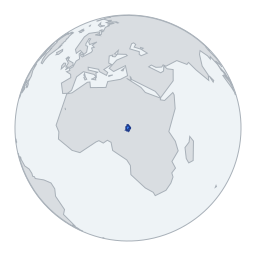 Ouaka highlighted on a globe, orthographic projection, rotated 335°
{"feature_id": "CAF-809", "entity_name": "Ouaka", "entity_type": "Prefecture", "adm_level": 1, "iso_a3": "CAF", "parent_name": "Central African Republic", "parent_adm1": "", "projection": "orthographic", "projection_center": [20.78, 6.114], "detail": "fine", "context": "on_globe", "style": "filled", "palette": "blue", "viewbox_px": 256, "rotation_deg": 335, "n_neighbors": 0, "source": "natural_earth", "source_scale": "10m", "svg_char_len": 7777}
<svg xmlns="http://www.w3.org/2000/svg" viewBox="0 0 256 256"><g transform="rotate(335 128 128)"><circle cx="128" cy="128" r="113" fill="#eef3f6" stroke="#a8b0b8"/><path d="M90.1,21.9L90.8,21.7L87.9,22.8L85.2,23.8L90.1,21.9ZM65.2,34.5L66.4,33.7L70.4,31.2L72.0,30.3L76.3,28.0L76.1,28.3L73.5,29.9L69.9,32.0L68.7,33.0L72.4,31.2L66.1,35.6L62.5,39.9L60.8,41.3L56.9,43.1L56.0,42.3L51.0,46.1L54.6,43.7L50.4,47.8L49.8,48.7L50.3,48.7L52.1,47.3L50.7,48.9L46.5,51.4L47.7,50.0L49.0,49.1L48.6,48.9L45.8,51.3L43.8,53.5L42.0,55.2L49.1,47.6L56.8,40.7L65.2,34.5ZM17.6,105.8L17.9,104.3L17.3,107.7L18.2,108.7L17.8,110.1L18.4,118.8L21.1,123.5L21.7,128.6L21.2,131.4L22.6,132.7L22.6,134.6L29.8,139.5L35.0,145.3L35.9,152.2L33.5,159.2L36.0,175.1L33.0,179.1L35.3,185.4L38.4,193.9L36.2,192.3L40.0,197.3L41.4,199.7L40.9,199.3L43.6,202.5L43.4,202.4L38.4,196.2L33.8,189.7L29.7,182.9L26.0,175.8L22.9,168.5L20.3,161.0L18.2,153.3L16.7,145.5L15.8,137.5L15.4,129.6L15.5,121.6L16.3,113.7L17.6,105.8ZM45.3,204.4L45.5,204.6L45.3,204.4ZM76.1,28.0L75.4,28.4L76.1,28.0ZM80.8,25.7L79.0,26.6L80.8,25.7ZM99.0,19.2L98.8,19.2L98.7,19.2L99.0,19.2ZM95.0,20.6L95.3,20.4L97.0,19.8L95.0,20.6ZM105.8,17.6L101.7,18.5L100.8,18.9L99.2,19.3L100.9,18.7L105.8,17.6ZM105.9,17.6L106.9,17.4L106.1,17.5L105.9,17.6ZM109.1,17.0L107.7,17.2L107.1,17.3L109.1,17.0ZM112.3,16.6L108.0,17.3L106.6,17.5L110.9,16.7L112.3,16.6ZM59.1,217.1L58.5,216.6L59.4,217.2L60.0,217.8L59.1,217.1ZM232.3,85.4L232.9,87.1L233.6,89.1L232.6,87.0L233.6,91.1L237.5,102.3L238.3,105.7L238.8,112.4L238.4,109.9L235.7,104.2L236.9,112.4L239.1,118.8L239.9,126.8L239.0,124.6L238.0,117.6L237.0,115.4L236.0,108.2L232.7,98.1L231.7,100.3L230.6,96.2L226.0,88.3L223.9,91.5L221.4,103.2L223.1,113.9L221.3,119.0L214.2,104.1L210.5,94.1L208.3,95.3L200.7,87.5L188.5,88.0L186.5,85.6L184.3,87.0L178.9,84.8L175.7,80.8L172.6,81.3L181.0,91.8L184.3,91.4L186.7,86.9L188.5,90.9L193.6,94.1L188.9,104.3L170.4,114.3L168.2,106.3L151.8,85.6L152.0,83.2L151.7,82.5L150.7,86.4L147.7,82.4L156.9,96.7L158.7,103.1L170.2,114.8L169.2,116.1L172.8,118.5L183.6,114.8L183.8,117.5L178.9,130.4L163.5,148.5L165.3,160.0L163.8,169.9L153.7,176.9L154.1,184.4L148.7,187.2L148.1,191.4L143.5,196.1L136.1,200.5L124.1,200.8L123.7,197.0L118.3,189.6L110.9,171.5L114.3,163.0L113.4,156.4L104.6,141.9L106.6,133.8L104.1,130.4L99.2,131.2L96.3,127.2L93.2,127.1L74.0,130.0L67.9,124.7L60.3,108.6L63.7,102.3L64.0,95.1L86.9,71.2L92.1,72.5L110.5,69.4L112.9,70.2L111.0,75.5L125.1,81.9L129.3,77.3L141.7,80.7L149.7,80.4L152.0,70.4L138.8,70.7L136.2,66.0L146.4,61.7L157.9,62.1L157.3,60.4L149.7,56.6L152.1,53.5L147.1,55.1L149.3,56.8L146.3,58.0L144.0,56.6L144.9,55.4L141.4,54.8L138.0,61.0L139.9,63.4L130.8,64.8L133.1,69.1L130.7,71.2L125.9,64.8L126.2,62.4L117.6,56.1L116.5,58.6L124.5,64.9L122.2,64.5L120.8,68.5L119.9,65.1L111.4,58.1L103.0,59.9L92.8,70.0L87.8,71.0L83.4,69.1L86.6,59.2L97.4,58.2L98.7,55.1L96.1,51.0L99.6,51.3L99.9,49.6L104.0,49.3L109.3,45.4L113.3,44.9L115.0,40.3L117.4,39.6L115.7,42.4L116.7,44.3L126.7,43.9L128.5,42.9L128.8,40.1L131.6,40.6L130.6,37.9L136.2,36.9L128.5,36.2L128.7,33.5L131.8,31.4L130.5,30.5L125.4,33.9L124.6,35.5L126.0,36.9L122.6,41.7L119.3,42.6L117.6,37.5L112.7,38.5L113.6,34.6L126.9,27.0L132.7,25.8L143.0,28.9L141.9,30.3L137.6,29.8L141.9,32.5L141.4,31.2L143.6,31.8L144.3,29.8L146.0,30.1L143.9,27.8L145.9,28.0L147.3,29.4L150.1,27.2L154.3,27.4L154.2,26.8L152.8,26.0L159.1,27.1L158.7,26.6L156.5,26.0L154.3,24.8L152.9,23.2L155.1,23.6L155.9,24.2L161.1,26.5L162.9,28.5L163.7,28.6L162.6,27.0L156.4,24.2L154.9,23.1L158.0,24.2L156.7,23.7L156.7,23.3L158.8,23.5L155.4,22.2L151.8,18.9L155.5,19.2L158.7,20.3L158.6,19.6L161.2,20.4L169.0,23.1L176.6,26.4L184.0,30.3L191.0,34.6L197.7,39.5L204.0,44.9L209.9,50.7L215.4,57.0L220.4,63.6L224.9,70.5L228.9,77.8L232.3,85.4ZM79.5,83.1L79.0,85.2L79.0,85.3L79.5,83.1ZM170.5,68.1L177.1,68.3L173.3,62.4L175.5,62.1L173.4,60.3L173.0,62.0L167.8,57.3L170.3,55.6L169.1,53.2L166.9,53.1L163.0,57.0L170.5,63.6L169.3,66.0L170.5,68.1ZM18.3,108.6L18.3,110.0L18.0,109.9L18.3,108.6ZM21.3,92.8L21.2,93.7L20.9,93.9L21.3,92.8ZM21.9,90.3L21.3,92.4L20.7,93.6L21.9,90.3ZM50.6,47.6L50.9,47.5L51.0,47.9L50.2,48.4L50.6,47.6ZM56.1,46.2L53.7,48.8L54.8,47.2L53.2,48.2L53.6,46.3L60.0,41.9L57.0,44.1L56.1,46.2ZM55.8,42.9L54.9,44.4L55.6,43.0L55.8,42.9ZM97.4,42.1L98.9,43.0L97.5,44.8L92.4,46.3L94.3,43.6L97.4,42.1ZM101.4,43.9L101.2,38.9L104.4,38.1L102.6,39.3L104.7,39.3L102.5,41.3L105.7,45.7L104.7,47.7L95.7,48.9L99.2,47.3L97.5,46.4L101.4,43.9ZM95.1,30.8L95.1,29.5L102.0,29.2L101.2,30.6L96.1,31.9L93.9,31.2L95.1,30.8ZM85.0,24.1L84.6,24.2L85.5,23.8L86.6,23.4L85.0,24.1ZM96.7,19.8L97.9,19.5L95.6,20.1L97.3,19.7L94.0,20.7L95.0,20.5L88.0,23.5L87.1,23.7L84.1,25.6L80.6,27.0L82.7,25.6L77.7,28.3L78.2,27.6L75.1,29.5L80.1,26.3L80.3,26.0L81.4,25.7L84.6,24.4L86.0,23.8L90.3,22.0L92.0,21.3L96.7,19.8ZM118.5,18.0L115.8,18.0L118.7,18.8L115.4,19.2L116.0,19.3L113.7,19.9L111.9,21.0L110.4,21.1L110.4,21.5L108.9,22.0L108.3,22.7L105.4,23.2L104.5,24.1L103.6,23.8L102.8,25.2L102.1,24.5L100.1,25.4L101.8,25.6L87.2,28.6L81.7,30.9L77.5,33.5L76.8,32.3L80.3,29.3L85.9,26.0L91.3,24.1L90.0,24.1L92.2,23.2L92.3,23.6L93.5,22.6L95.4,22.0L100.3,20.1L100.9,19.3L102.7,18.8L103.4,18.8L104.7,18.3L107.3,18.0L108.7,17.7L112.6,17.3L113.2,17.9L114.6,17.5L117.7,17.4L118.5,18.0ZM113.3,16.5L114.8,16.7L113.7,17.1L107.3,17.6L105.7,18.0L101.6,18.7L103.3,18.1L104.3,17.9L105.7,17.7L104.6,17.9L106.5,17.5L108.0,17.3L109.8,17.0L113.3,16.5ZM115.3,68.2L117.1,68.4L119.9,68.1L119.1,70.8L115.3,68.2ZM109.4,63.4L111.0,63.1L111.2,66.4L109.3,66.3L109.4,63.4ZM111.7,60.2L111.1,62.8L110.3,61.4L111.7,60.2ZM117.1,42.0L118.8,41.6L119.0,42.3L118.2,43.3L117.1,42.0ZM126.4,21.7L125.0,21.3L125.5,21.1L124.4,19.9L126.7,19.8L128.3,20.4L126.4,21.7ZM149.8,72.2L147.6,74.1L146.3,73.2L147.4,72.7L149.8,72.2ZM132.7,72.4L136.7,73.5L132.4,73.1L132.7,72.4ZM128.7,21.3L128.0,20.8L129.6,21.0L128.7,21.3ZM128.4,19.6L130.2,19.7L126.9,19.6L128.4,19.6ZM183.5,217.3L183.4,218.5L182.0,218.7L183.5,217.3ZM181.8,167.5L173.3,185.0L168.3,185.3L167.9,180.3L171.4,169.8L177.4,166.6L180.4,161.7L181.8,167.5ZM239.6,143.6L239.3,142.5L239.7,140.5L239.9,140.6L239.6,143.6ZM239.6,140.5L239.0,135.4L236.1,120.5L237.2,120.5L239.8,129.2L239.7,130.9L240.1,135.0L239.6,140.5ZM240.5,133.9L240.6,127.6L240.5,124.3L240.5,133.9ZM223.5,114.9L225.8,121.2L224.6,122.4L223.5,114.9ZM234.7,92.2L234.7,92.9L234.2,91.3L233.8,89.6L234.7,92.2ZM147.7,21.2L146.6,22.7L147.4,24.2L150.3,25.5L145.7,24.7L144.6,22.3L147.7,21.2ZM151.1,19.0L148.6,18.3L149.9,18.4L150.7,18.6L151.1,19.0ZM149.4,18.7L145.8,18.3L144.6,17.8L147.6,18.2L149.4,18.7ZM137.3,19.1L136.8,19.6L135.5,19.3L137.3,19.1Z" fill="#d9dde1" stroke="#a8b0b8" stroke-width="1"/><path d="M127.4,131.1L127.4,130.9L127.2,130.8L127.2,130.7L126.9,130.6L126.8,130.4L126.6,130.4L126.5,130.2L126.3,130.2L126.2,130.2L126.3,130.0L126.3,129.9L126.4,129.7L126.5,129.4L126.5,129.2L126.4,129.2L125.5,129.2L125.4,129.1L125.5,129.1L125.8,128.9L125.8,128.7L125.7,128.7L125.7,128.4L125.9,128.2L126.0,128.1L126.1,127.9L126.2,127.7L126.1,127.4L126.2,127.1L126.3,126.9L126.5,126.7L126.8,126.3L126.8,126.2L127.0,126.2L127.3,126.2L127.5,126.1L127.8,125.8L128.0,125.8L128.2,125.7L128.3,125.6L128.5,125.4L128.6,125.2L128.6,124.9L128.8,124.9L128.8,125.0L129.0,125.1L129.2,125.3L129.3,125.3L129.2,125.6L129.3,125.6L129.5,125.7L129.6,125.9L129.6,126.3L129.7,126.5L129.7,126.8L129.7,127.0L129.8,127.0L130.0,127.1L130.0,127.3L130.0,127.5L129.9,127.7L129.9,127.8L130.0,127.9L130.0,128.0L130.2,128.3L130.3,128.4L130.3,128.6L130.2,128.7L130.2,128.8L130.1,129.0L130.0,128.9L129.9,128.9L129.7,129.0L129.6,129.3L129.5,129.2L129.4,129.2L129.3,128.9L129.2,128.8L128.9,128.9L128.7,128.9L128.5,129.0L128.4,129.1L128.4,129.3L128.4,129.6L128.3,129.8L128.2,129.9L128.2,130.0L128.3,130.0L128.2,130.3L128.2,130.5L127.9,130.7L127.7,130.9L127.6,131.0L127.4,131.1Z" fill="#3b82f6" stroke="#1e3a8a" stroke-width="1.5"/></g></svg>